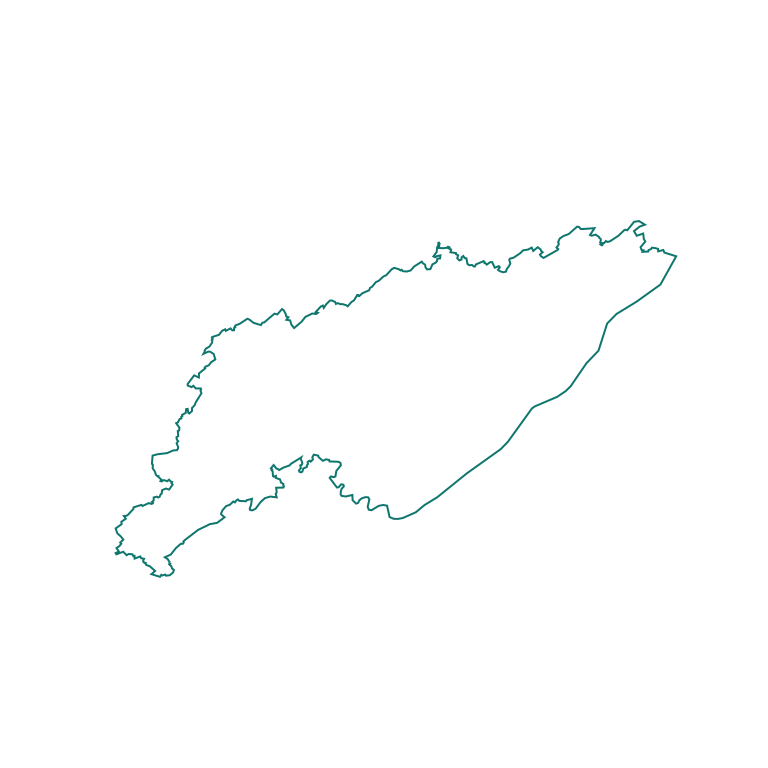 outline of Adare-Rathkeale Lea-6, Limerick, Ireland, rotated 150°
{"feature_id": "5873133B54360294204800", "entity_name": "Adare-Rathkeale Lea-6", "entity_type": "district", "adm_level": 2, "iso_a3": "IRL", "parent_name": "Ireland", "parent_adm1": "Limerick", "projection": "equal_earth", "projection_center": [-8.823, 52.558], "detail": "fine", "context": "isolated", "style": "outline", "palette": "teal", "viewbox_px": 768, "rotation_deg": 150, "n_neighbors": 0, "source": "geoboundaries", "source_scale": "gbopen_adm2", "svg_char_len": 6138}
<svg xmlns="http://www.w3.org/2000/svg" viewBox="0 0 768 768"><g transform="rotate(150 384 384)"><path d="M67.1,348.5L75.5,357.7L75.1,360.4L80.2,361.8L79.1,364.0L81.3,366.2L83.8,368.1L85.2,367.3L87.9,367.7L89.0,366.6L94.0,369.2L92.5,370.1L93.9,371.1L93.4,374.2L86.5,376.7L86.4,379.9L84.3,384.7L91.0,386.0L91.1,391.4L83.8,392.5L78.4,391.5L81.7,397.6L86.3,399.4L96.5,395.5L97.8,396.9L99.1,397.1L106.7,395.2L116.9,394.6L119.3,395.2L120.4,396.9L122.7,396.0L124.5,396.9L125.1,396.1L124.6,395.9L125.7,395.6L124.8,394.9L125.9,395.1L126.8,396.9L125.8,397.4L125.9,398.7L124.4,399.9L123.8,401.3L124.5,402.9L124.2,403.6L126.0,407.5L130.0,408.6L131.1,410.0L123.8,413.7L135.5,419.4L136.2,420.1L136.6,422.5L138.1,423.7L149.0,421.5L154.4,422.4L159.1,422.1L162.4,419.7L162.3,418.4L163.2,417.3L166.4,415.9L165.6,413.8L166.5,413.3L182.8,413.4L184.2,416.4L184.2,418.1L180.7,418.8L181.4,420.7L181.1,422.3L182.5,425.6L188.2,424.6L187.9,428.3L192.0,428.4L196.7,430.2L200.9,429.1L208.9,428.6L212.2,429.6L213.5,428.8L214.3,425.3L216.7,423.6L220.4,422.1L222.1,420.3L224.8,421.1L227.2,423.7L228.2,425.9L225.4,427.1L225.7,428.7L229.9,429.3L229.4,435.5L231.0,436.4L235.3,436.0L235.8,438.0L236.5,438.4L235.9,439.6L236.3,440.6L244.6,441.6L246.6,440.3L247.4,440.8L248.2,443.0L250.9,444.3L251.7,446.3L249.8,451.6L251.2,452.7L251.3,455.2L253.5,454.9L254.7,453.0L257.0,453.4L257.7,456.3L255.4,458.4L256.7,460.4L256.2,461.4L260.6,464.9L258.6,466.9L260.6,469.6L259.1,469.8L259.9,470.9L260.9,470.4L264.7,471.9L268.5,474.4L265.6,477.9L265.7,478.9L266.5,479.0L266.8,477.8L269.6,475.8L272.5,471.9L277.4,469.8L276.4,468.3L274.6,468.4L270.8,467.2L272.7,464.7L275.2,465.9L276.7,463.9L278.7,463.2L282.2,463.4L286.4,460.3L289.5,461.8L289.7,464.2L288.8,466.8L290.0,469.4L290.1,471.1L299.0,470.7L304.1,469.0L308.0,470.0L311.3,472.3L311.6,474.1L312.9,474.1L313.9,476.2L317.2,479.5L320.0,479.5L327.7,477.1L331.0,477.4L336.9,476.0L340.0,476.3L345.8,474.2L348.0,474.2L350.0,472.6L357.2,473.4L361.5,472.5L362.0,472.8L361.8,474.0L362.7,474.4L368.3,471.4L371.2,471.3L376.6,469.4L377.3,471.1L380.2,474.1L381.6,474.7L383.7,477.2L385.6,477.4L385.3,479.4L387.2,482.2L389.1,483.3L394.3,481.9L398.1,480.0L397.7,482.5L400.0,482.7L407.1,480.5L405.7,478.7L407.8,478.6L410.9,480.9L418.6,481.4L424.1,479.2L433.9,477.4L434.5,481.7L433.5,486.0L436.4,488.4L433.4,489.6L434.9,491.4L434.1,493.9L434.0,498.0L434.8,499.9L441.6,497.6L443.7,499.7L457.1,497.2L458.6,497.9L461.2,496.6L466.4,502.2L468.4,507.2L469.7,508.8L479.0,508.3L483.4,509.0L484.8,508.1L484.6,507.5L486.0,507.3L487.0,505.6L488.6,506.3L489.1,508.9L494.4,509.1L494.2,510.8L497.7,511.0L502.2,509.1L509.3,510.6L509.8,510.4L509.6,509.2L510.8,508.5L510.4,508.2L512.2,505.8L516.5,503.7L520.3,503.7L522.3,502.9L523.4,501.4L525.2,500.4L520.0,499.9L518.3,498.8L516.5,495.1L517.8,489.6L522.9,489.3L526.4,487.8L530.0,488.3L531.1,487.8L531.1,486.9L538.9,485.7L541.1,482.2L544.1,486.4L554.2,482.1L554.7,480.8L552.2,477.5L550.0,477.8L549.2,474.2L544.9,471.8L545.0,470.8L546.2,470.1L546.7,467.3L556.1,462.3L558.5,460.3L562.3,459.2L563.8,456.6L567.4,455.8L567.9,457.0L566.5,460.6L567.8,461.2L570.2,458.1L574.4,458.2L574.7,457.0L576.0,456.9L576.7,455.5L578.7,455.8L581.6,453.8L583.6,454.0L583.0,448.4L584.7,446.2L586.1,446.4L588.3,441.7L590.3,441.7L591.2,439.5L590.9,437.4L593.2,436.4L593.8,432.3L594.7,431.1L596.3,430.2L599.9,431.9L606.4,432.6L615.6,436.5L620.2,437.7L624.9,430.9L624.5,429.8L626.5,426.6L626.2,422.9L626.9,419.4L626.4,417.4L625.4,417.0L625.8,416.3L624.7,412.6L626.1,411.7L625.1,410.7L623.5,411.1L622.2,410.4L620.4,408.2L618.0,408.6L617.5,406.3L616.5,405.1L617.6,404.4L617.3,402.6L622.9,400.0L625.1,402.5L629.2,403.0L631.4,400.2L632.5,400.2L634.7,398.5L636.3,398.6L637.0,400.0L640.2,400.9L641.6,398.4L643.9,397.9L643.4,396.6L643.9,396.2L645.3,396.4L647.4,398.5L654.1,399.1L654.5,400.6L662.6,402.4L663.5,401.1L671.2,398.7L673.2,398.7L675.2,399.7L675.0,396.4L680.4,396.0L681.3,393.8L688.6,393.1L689.6,387.9L688.1,383.5L687.6,379.5L691.7,378.6L691.4,377.0L694.4,375.9L697.7,375.7L697.4,371.3L700.9,371.8L700.9,370.3L693.7,369.1L692.5,364.4L690.2,364.5L687.0,362.3L687.1,360.1L686.0,359.9L687.2,357.5L681.3,356.5L681.4,354.5L679.2,352.6L680.9,351.4L681.4,349.8L679.9,348.2L680.5,347.9L680.2,345.9L678.0,343.4L675.7,336.5L680.5,335.6L674.4,329.0L672.3,330.1L671.9,329.1L668.7,328.3L668.6,327.0L665.1,325.5L660.9,326.2L658.9,328.0L659.8,330.2L659.3,332.6L660.1,334.9L659.2,335.1L659.7,335.8L658.7,337.2L658.9,340.6L660.4,343.5L654.0,342.9L646.4,345.9L639.9,347.2L638.1,346.2L636.7,346.8L636.5,347.9L634.7,348.4L618.0,350.6L604.9,349.7L598.0,347.2L588.7,348.3L590.2,352.5L589.7,353.5L586.8,355.5L581.7,357.2L578.0,356.5L573.2,357.6L572.3,356.0L569.9,357.1L568.2,357.0L567.7,355.1L562.2,351.5L561.1,352.0L555.8,350.6L559.7,345.6L562.6,343.3L562.9,341.7L560.9,340.3L557.5,340.2L549.8,343.5L544.2,344.7L538.8,343.4L533.6,339.5L532.8,342.9L531.1,343.8L529.3,348.1L522.9,344.6L521.8,345.4L521.9,346.7L521.1,347.9L522.5,350.2L521.7,353.3L524.7,356.8L523.6,358.5L525.8,358.8L526.2,359.7L524.1,364.1L524.5,365.7L523.6,366.0L524.1,367.5L520.1,369.0L519.4,364.4L518.4,363.6L517.9,361.9L512.9,361.9L506.3,360.7L504.6,361.4L492.5,361.8L493.4,361.2L494.2,356.4L495.7,355.1L497.2,355.4L498.0,352.8L500.9,351.6L501.1,350.2L500.2,349.1L498.6,348.9L496.1,351.2L492.4,350.7L491.4,352.1L489.8,352.7L489.3,354.5L488.6,354.8L486.6,354.7L486.3,353.4L483.4,354.1L482.7,356.4L480.1,357.9L476.8,354.8L477.2,353.2L475.3,348.0L472.0,347.8L469.5,345.7L469.9,344.2L462.2,339.3L461.2,337.4L462.0,335.1L468.7,332.6L472.2,328.3L474.0,328.4L476.3,330.5L478.0,329.8L476.5,317.9L475.0,317.3L471.2,318.5L469.5,317.0L470.0,315.4L473.1,314.4L475.2,312.5L476.7,310.1L476.7,308.4L473.4,305.7L466.9,303.7L469.3,299.0L467.9,294.3L466.0,294.0L463.2,295.7L460.5,296.1L456.6,295.3L454.4,293.8L454.3,291.5L459.6,285.7L460.0,282.7L457.9,280.9L449.5,281.1L445.1,279.6L442.2,277.1L445.7,266.0L443.0,262.4L439.2,260.1L434.6,258.5L420.6,257.0L409.5,258.9L394.5,259.3L356.9,265.2L315.6,269.2L305.6,272.0L268.0,288.9L264.6,289.2L240.4,286.3L230.2,287.0L223.3,288.8L198.2,300.8L181.6,305.6L160.5,324.8L147.6,328.4L124.3,329.0L94.9,331.9L67.1,348.5Z" fill="none" stroke="#0f766e" stroke-width="2"/></g></svg>